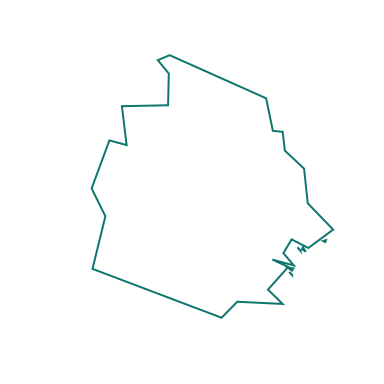 outline of Norrbotten, rotated 340°
{"feature_id": "SWE-190", "entity_name": "Norrbotten", "entity_type": "County", "adm_level": 1, "iso_a3": "SWE", "parent_name": "Sweden", "parent_adm1": "", "projection": "orthographic", "projection_center": [22.14, 67.052], "detail": "coarse", "context": "isolated", "style": "outline", "palette": "teal", "viewbox_px": 384, "rotation_deg": 340, "n_neighbors": 0, "source": "natural_earth", "source_scale": "10m", "svg_char_len": 741}
<svg xmlns="http://www.w3.org/2000/svg" viewBox="0 0 384 384"><g transform="rotate(340 192 192)"><path d="M199.2,102.3L210.7,72.8L205.0,56.4L217.8,55.8L293.7,129.3L288.9,162.2L297.8,166.5L293.4,184.9L305.3,208.4L296.9,242.2L311.8,275.6L282.2,284.4L269.4,270.6L257.0,280.7L262.5,295.8L244.4,283.0L256.8,295.3L230.0,309.7L238.9,328.2L197.0,310.6L176.8,320.3L72.2,230.2L102.3,185.2L98.9,154.3L132.0,115.3L146.6,125.5L155.5,87.4L199.2,102.3ZM259.0,300.1L256.3,296.1L261.2,298.4L259.0,300.1ZM298.5,282.9L301.4,283.1L300.1,284.6L298.5,282.9ZM277.3,281.9L278.5,287.0L275.9,283.4L277.3,281.9ZM273.8,284.5L272.1,280.0L273.9,283.9L273.8,284.5ZM257.6,304.3L256.0,300.4L257.7,303.9L257.6,304.3Z" fill="none" stroke="#0f766e" stroke-width="2"/></g></svg>